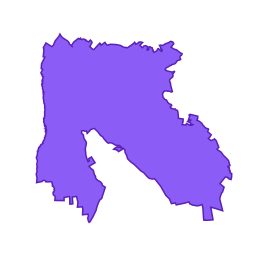 outline of Maeriste, Salaj, Romania, rotated 263°
{"feature_id": "2599482B89987294354273", "entity_name": "Maeriste", "entity_type": "district", "adm_level": 2, "iso_a3": "ROU", "parent_name": "Romania", "parent_adm1": "Salaj", "projection": "mercator", "projection_center": [22.749, 47.297], "detail": "fine", "context": "isolated", "style": "filled", "palette": "violet", "viewbox_px": 256, "rotation_deg": 263, "n_neighbors": 0, "source": "geoboundaries", "source_scale": "gbopen_adm2", "svg_char_len": 5779}
<svg xmlns="http://www.w3.org/2000/svg" viewBox="0 0 256 256"><g transform="rotate(263 128 128)"><path d="M52.9,214.0L57.6,216.2L61.5,212.5L67.3,218.4L67.5,218.8L66.4,221.5L65.9,221.3L65.6,221.5L64.9,222.4L64.3,224.0L66.7,224.9L70.2,225.4L70.6,224.9L70.5,224.6L71.4,223.8L72.7,224.2L73.2,224.1L73.1,223.7L73.5,223.4L75.8,223.7L76.4,223.6L76.5,222.7L77.8,222.5L78.2,224.6L83.3,223.8L84.7,223.0L89.5,219.2L92.7,217.5L95.3,214.4L96.2,213.8L97.8,215.8L104.6,214.0L106.7,212.5L106.2,211.7L105.4,208.8L107.8,206.5L109.5,208.6L111.1,209.8L114.7,206.6L117.0,207.8L117.4,207.5L118.5,205.1L121.9,202.6L123.6,201.9L125.9,199.7L127.4,197.3L128.7,198.3L131.2,198.7L133.9,191.6L133.8,190.5L133.0,190.3L132.8,191.0L129.0,189.1L128.2,191.3L127.6,191.0L128.1,188.9L127.2,187.9L125.3,190.8L124.3,190.5L123.4,192.7L122.9,191.6L123.0,190.4L123.4,189.3L125.1,187.2L125.4,186.6L123.9,185.9L124.7,182.2L127.0,183.2L127.5,183.4L127.8,183.0L128.9,183.7L130.3,183.8L131.4,179.3L137.1,179.5L139.5,179.2L139.7,178.4L140.7,177.1L141.1,177.2L141.3,175.5L142.6,172.8L143.2,173.0L143.7,172.5L144.1,172.6L144.8,174.1L145.4,174.1L146.1,173.7L147.0,171.9L148.4,170.7L151.1,169.6L151.8,168.0L154.8,166.4L158.3,166.5L158.8,167.5L159.8,167.9L160.2,168.5L160.2,170.4L159.7,171.7L159.5,173.5L158.4,175.4L158.7,176.5L164.7,175.6L167.7,175.6L169.3,175.0L170.6,175.2L171.4,175.8L173.2,178.6L175.1,179.2L176.2,178.7L176.9,179.9L178.2,181.1L178.5,181.0L178.5,180.2L178.1,179.4L178.3,178.1L180.0,173.4L181.4,172.0L181.8,172.2L183.2,173.4L183.9,175.8L184.5,176.6L185.0,178.5L185.5,179.0L185.9,181.7L186.4,183.0L188.8,185.1L189.4,188.4L190.0,188.7L191.5,188.0L192.3,188.2L193.2,188.8L193.7,190.0L195.1,190.8L196.3,189.0L199.6,185.8L200.9,183.0L203.0,180.6L206.0,183.7L207.9,183.0L208.8,181.0L207.7,178.4L207.0,175.2L205.7,172.7L206.3,170.4L206.2,169.3L203.5,170.4L203.0,170.1L201.6,171.2L200.7,171.4L199.9,170.6L203.1,167.8L202.8,167.0L201.2,166.2L199.9,163.0L201.5,162.2L201.9,162.6L203.4,161.9L204.5,161.9L205.1,160.7L205.8,160.1L206.0,158.9L203.4,158.1L203.0,157.5L203.0,156.5L206.4,157.3L207.6,155.6L207.5,153.8L205.9,152.0L208.6,149.9L211.1,152.9L211.9,151.0L211.9,149.3L210.8,147.7L210.3,145.9L212.3,145.1L211.2,143.8L207.6,137.0L208.3,135.8L208.4,134.0L210.8,130.7L212.2,126.6L213.2,121.3L213.1,119.3L212.8,118.2L213.1,117.0L215.8,115.5L213.4,111.3L214.9,111.0L215.7,110.3L209.9,103.6L210.5,102.6L213.5,99.9L214.4,100.9L215.4,101.3L217.0,102.7L218.3,102.5L219.9,101.3L218.3,99.4L220.0,96.7L220.4,97.0L221.4,95.6L221.8,94.3L221.4,93.2L221.7,92.4L222.9,91.8L222.1,90.9L223.0,89.7L220.0,84.7L217.2,82.3L215.9,82.3L218.8,79.9L220.0,79.9L221.6,78.8L225.8,73.9L228.2,72.4L229.5,71.9L227.2,70.4L223.4,66.4L219.3,64.0L218.2,62.7L218.0,62.4L222.4,56.9L217.9,53.7L217.4,54.0L215.0,53.9L209.0,52.5L208.5,54.1L202.3,50.0L197.5,49.1L196.7,50.5L193.4,48.3L191.8,48.7L191.5,49.5L191.1,49.1L190.0,49.2L189.3,49.9L189.3,49.5L188.6,49.8L187.2,49.5L185.9,48.5L185.3,48.6L185.2,49.1L184.9,49.1L184.6,48.4L183.0,48.8L182.9,48.5L182.6,48.6L182.3,47.8L181.6,47.6L180.9,48.0L180.2,47.7L179.7,48.2L177.3,47.9L175.1,48.5L174.4,48.1L174.1,48.7L173.7,48.9L173.5,48.2L173.0,48.1L172.4,48.5L171.9,47.9L170.5,48.2L169.7,47.7L168.8,47.8L167.9,47.5L166.1,47.7L162.9,47.6L162.4,48.1L160.3,47.9L159.3,48.2L158.1,47.6L156.2,48.0L154.7,47.3L149.6,46.7L149.1,46.2L147.9,46.2L147.7,45.4L145.1,45.4L144.5,45.0L142.1,45.6L141.4,45.4L140.8,46.4L140.0,46.5L140.0,46.1L139.3,46.6L139.1,46.1L139.3,45.8L138.6,46.0L138.3,46.5L137.3,46.6L137.2,45.9L136.6,46.8L136.4,46.7L136.4,46.1L136.0,45.8L135.3,46.0L135.2,46.4L134.7,45.6L133.9,46.2L133.8,45.8L133.2,46.1L131.4,45.6L130.8,45.0L129.9,45.0L128.6,43.9L127.7,44.0L126.5,43.4L125.4,42.3L124.5,42.2L124.2,41.7L122.9,41.7L122.8,41.4L123.2,41.2L122.5,40.8L122.1,40.0L122.2,39.6L120.6,38.6L120.4,38.0L119.8,38.0L119.5,37.1L118.1,36.6L117.6,36.1L116.3,36.2L115.7,35.6L115.8,35.2L114.4,35.2L111.9,34.4L111.3,34.6L110.4,33.6L109.8,33.4L106.3,34.1L103.3,33.1L101.1,33.0L100.3,33.4L99.5,32.6L95.8,32.4L93.5,31.3L89.4,31.6L84.9,30.6L85.3,35.9L86.3,37.2L86.3,37.7L85.7,39.7L85.1,40.0L84.6,39.9L84.1,43.4L84.2,45.0L83.3,45.9L83.0,46.1L82.0,45.8L81.3,46.1L80.4,45.9L80.0,46.4L79.5,46.0L78.1,47.2L76.6,47.6L75.9,47.1L75.2,47.5L74.6,46.9L73.7,46.7L73.4,45.8L70.8,45.7L69.4,47.1L68.3,47.3L65.0,46.5L63.7,55.7L66.8,56.1L67.2,61.4L65.1,61.6L59.5,61.0L59.4,64.0L66.3,64.4L66.3,68.6L60.3,69.2L55.6,68.1L55.3,73.2L52.7,73.2L47.4,72.3L47.3,77.8L45.8,77.9L44.7,77.7L43.6,77.0L42.5,77.1L40.2,77.4L39.1,77.9L39.5,78.7L40.2,79.5L41.8,80.5L43.1,81.7L50.0,86.2L54.3,87.9L58.0,89.9L60.3,91.5L61.1,93.2L71.9,98.2L72.6,97.8L72.8,97.1L74.4,95.5L75.8,95.5L78.0,94.1L79.7,91.6L81.2,90.3L82.3,89.8L83.8,89.9L85.8,89.0L90.2,88.4L93.1,85.7L94.8,84.7L97.5,91.1L103.7,88.2L102.4,85.3L100.0,85.6L99.4,84.2L105.4,82.9L112.6,83.1L118.1,84.9L119.7,84.6L123.1,83.0L126.6,82.9L128.6,81.3L130.8,81.7L130.8,83.7L130.3,84.2L129.9,86.5L127.6,86.8L130.2,90.1L130.9,90.4L131.5,93.0L131.6,94.5L127.9,97.6L123.9,99.8L122.5,101.7L121.1,102.3L117.6,104.5L115.8,106.0L115.3,106.8L115.5,107.9L115.2,110.0L112.4,113.7L112.0,114.9L111.9,116.9L111.0,118.2L109.0,119.7L108.8,119.5L109.3,119.0L109.2,118.5L110.0,117.9L109.9,116.3L110.3,116.2L110.7,115.3L109.5,112.3L108.6,111.2L108.0,113.6L107.5,114.0L107.7,114.4L105.7,115.7L107.5,119.8L107.8,120.4L108.2,120.1L108.4,120.7L106.9,122.2L104.3,122.1L99.6,123.7L98.3,123.6L96.8,124.3L93.7,126.9L90.9,129.9L84.1,135.3L81.6,138.3L77.4,141.1L75.4,143.0L74.3,146.1L74.5,148.0L73.4,148.9L66.2,153.3L56.6,157.3L52.5,160.5L47.6,161.9L47.9,165.9L45.8,166.5L46.6,176.0L47.1,178.1L47.0,179.6L45.3,180.0L43.7,182.5L42.5,186.4L42.2,188.3L43.0,192.2L39.6,192.6L29.1,192.0L27.2,192.1L26.7,196.4L26.5,201.2L39.3,200.5L37.3,205.4L34.3,211.9L46.5,210.4L49.5,211.6L52.5,213.3L52.9,214.0Z" fill="#8b5cf6" stroke="#5b21b6" stroke-width="1.5"/></g></svg>